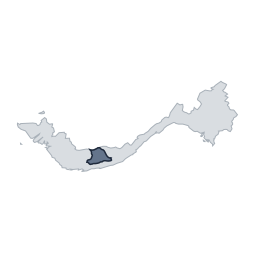 Gia Lai on a map of Vietnam (Equal Earth projection), rotated 86°
{"feature_id": "VNM-478", "entity_name": "Gia Lai", "entity_type": "Province", "adm_level": 1, "iso_a3": "VNM", "parent_name": "Vietnam", "parent_adm1": "", "projection": "equal_earth", "projection_center": [108.233, 13.818], "detail": "fine", "context": "in_parent", "style": "filled", "palette": "slate", "viewbox_px": 256, "rotation_deg": 86, "n_neighbors": 0, "source": "natural_earth", "source_scale": "10m", "svg_char_len": 4919}
<svg xmlns="http://www.w3.org/2000/svg" viewBox="0 0 256 256"><g transform="rotate(86 128 128)"><path d="M151.7,44.8L149.9,44.9L148.0,46.8L145.5,48.0L144.9,51.4L142.8,53.0L141.8,52.2L139.8,53.0L137.5,52.2L138.3,56.1L136.1,59.2L136.3,61.2L135.7,62.7L131.8,67.1L130.7,67.2L129.8,67.9L127.9,73.1L127.6,77.4L126.8,79.9L125.9,80.9L125.7,82.3L128.6,89.1L130.6,91.9L132.5,93.3L135.4,97.4L134.9,98.5L135.1,100.8L133.8,100.1L133.9,100.4L135.5,101.6L138.0,106.0L142.2,110.6L142.9,113.0L146.9,116.8L146.9,117.3L149.8,120.4L150.1,121.6L152.3,121.4L154.3,125.0L154.9,125.0L155.1,126.6L158.4,132.6L161.1,135.7L162.4,141.3L164.0,145.6L164.1,148.1L166.5,158.5L166.3,159.9L165.9,158.5L165.9,162.5L166.3,164.6L166.1,167.2L167.9,172.0L168.1,177.4L166.9,175.1L165.6,176.7L166.5,180.5L165.4,180.2L165.5,185.3L166.0,187.1L165.9,187.8L165.4,186.5L164.9,188.9L165.4,190.6L164.6,192.5L163.6,192.6L163.0,196.5L161.1,196.8L159.8,198.5L158.1,199.2L155.0,202.5L153.0,203.1L151.9,205.8L150.2,206.1L143.6,210.6L142.9,209.5L141.7,209.1L140.8,206.7L140.1,210.6L139.6,210.9L138.6,210.1L137.6,208.5L136.3,209.6L137.8,209.9L138.2,211.0L138.0,212.2L134.7,212.1L137.6,213.7L138.3,214.9L136.8,216.8L136.8,218.1L136.1,218.8L134.5,217.6L131.0,213.3L135.1,219.4L135.9,222.1L134.9,223.3L133.7,223.4L131.7,221.6L128.6,217.2L127.5,216.6L131.2,222.8L131.7,224.2L131.3,225.8L123.8,230.4L121.8,234.8L119.4,237.4L116.9,238.1L115.5,237.9L117.0,235.6L116.1,234.8L116.4,222.6L117.1,219.4L119.2,218.1L119.3,217.5L118.5,215.6L116.8,214.9L116.0,213.6L114.4,214.1L111.8,210.4L113.3,208.8L116.5,208.6L118.8,206.0L118.5,203.2L118.8,202.9L121.8,203.9L122.8,202.3L126.7,201.7L127.8,203.6L128.8,203.3L130.6,204.6L131.3,204.6L130.9,202.7L131.3,201.0L127.9,197.1L127.8,191.9L128.7,191.7L129.6,190.1L134.0,191.2L134.1,187.2L137.4,186.7L138.1,185.6L139.9,185.3L143.1,181.9L144.4,181.6L145.1,182.5L146.4,180.9L146.9,178.3L146.1,170.9L147.5,164.8L144.5,154.4L144.8,150.8L145.8,149.6L146.8,146.6L146.6,143.3L146.1,141.6L147.0,140.5L148.1,137.5L147.1,135.5L143.9,132.1L142.7,129.3L145.2,127.1L145.2,125.7L140.1,121.1L139.2,118.7L138.0,119.6L137.0,119.0L135.8,116.7L135.3,112.2L134.5,111.4L132.8,108.2L129.9,105.3L126.4,100.5L125.7,99.1L125.3,96.8L123.9,94.3L122.5,93.8L120.1,90.6L119.8,89.2L120.5,86.9L118.8,85.8L115.7,84.7L106.7,77.2L108.6,74.6L108.1,72.2L108.3,71.8L110.8,71.6L114.4,72.6L116.1,70.6L116.9,68.4L118.2,66.7L118.2,65.7L117.3,64.0L115.7,63.9L114.8,61.4L112.1,60.5L113.9,58.8L114.5,57.4L111.9,54.9L109.2,53.0L106.8,54.3L105.0,56.4L104.1,56.7L98.3,53.8L95.6,48.3L96.7,43.9L96.7,42.2L95.6,41.4L95.3,40.4L94.4,42.3L93.6,42.3L92.8,39.0L91.7,38.2L87.9,32.0L89.1,30.7L91.0,27.2L91.7,26.6L95.6,29.0L97.2,31.0L98.9,29.6L99.0,28.9L101.1,26.3L102.8,28.9L104.3,26.1L107.7,29.6L108.3,29.0L109.0,26.5L110.0,25.8L110.7,25.7L111.6,27.1L112.4,27.2L114.1,25.8L115.9,25.5L117.1,24.2L117.4,21.5L117.9,20.9L122.4,17.9L124.1,19.5L125.3,21.9L126.9,22.5L128.5,24.1L129.8,23.8L130.2,23.3L131.8,23.4L133.2,25.0L136.1,24.3L138.7,26.2L137.8,28.2L136.5,29.2L136.2,30.2L136.2,32.5L137.3,34.0L137.4,37.9L138.1,37.5L140.7,38.7L141.7,40.6L143.0,41.7L144.0,41.8L144.9,43.3L145.8,42.8L146.2,43.4L148.1,43.2L149.4,42.6L151.7,44.8ZM107.7,210.7L107.8,213.2L107.2,216.2L106.4,213.0L105.3,211.0L106.8,210.2L107.7,210.7ZM147.6,49.0L146.0,50.9L145.4,50.9L146.2,48.3L147.6,49.0ZM141.4,56.0L140.9,56.0L140.0,54.8L140.5,54.2L141.5,54.6L141.7,55.2L141.4,56.0ZM146.7,53.3L146.1,53.7L145.4,53.7L147.1,51.7L146.7,53.3ZM138.8,53.3L139.4,55.2L138.5,54.2L138.8,53.3ZM142.9,209.9L141.6,211.6L141.6,210.8L142.9,209.9ZM136.7,236.3L135.8,236.3L136.8,235.3L136.7,236.3Z" fill="#d9dde1" stroke="#a8b0b8" stroke-width="1"/><path d="M147.0,167.4L147.2,167.0L147.5,165.8L147.6,165.4L147.5,163.9L147.4,163.3L146.5,161.0L146.3,160.6L146.1,160.2L145.9,159.9L145.7,159.6L145.7,159.4L145.7,159.2L145.7,158.9L145.6,158.3L145.7,158.0L145.7,157.9L145.8,157.7L145.7,157.5L146.0,157.4L146.7,156.7L147.2,156.2L147.6,155.6L147.8,155.1L147.9,154.7L148.1,154.3L148.4,154.0L148.8,153.6L149.6,153.1L153.6,151.4L154.8,150.7L155.7,149.9L156.2,149.2L156.5,148.6L156.6,148.2L156.7,147.9L156.7,147.7L156.5,147.3L156.5,147.2L156.7,146.9L156.8,147.0L157.0,147.0L157.3,147.2L158.8,146.7L159.4,147.4L159.5,148.4L159.6,149.5L159.5,150.7L159.0,153.1L159.0,154.1L159.1,154.7L159.3,155.2L159.5,155.5L159.8,156.0L160.0,156.4L159.9,156.7L159.9,157.0L159.9,157.4L159.9,157.7L160.1,158.1L160.6,159.0L160.8,159.7L160.9,160.1L161.1,161.4L161.2,163.0L161.1,164.9L161.1,165.2L161.2,165.5L161.4,166.0L161.5,166.3L161.5,166.6L161.5,166.9L161.5,167.2L161.5,167.4L161.7,167.8L161.7,168.0L161.6,168.4L161.4,168.7L161.0,169.1L160.1,169.8L159.8,170.0L159.6,170.3L159.4,170.8L159.3,171.4L157.7,170.9L157.2,170.3L156.8,168.3L156.7,167.9L156.5,167.6L156.3,167.2L156.0,166.9L153.1,165.6L152.7,165.5L152.3,165.6L151.5,166.1L151.3,166.1L151.1,166.2L149.7,166.1L148.4,166.4L148.2,166.5L147.7,167.0L147.4,167.2L147.0,167.4Z" fill="#64748b" stroke="#1e293b" stroke-width="1.5"/></g></svg>